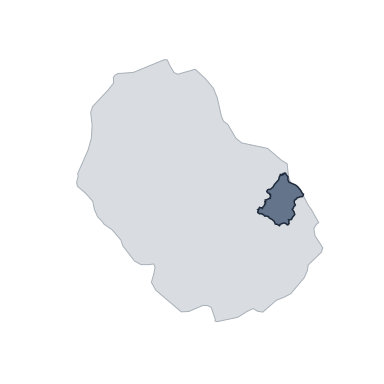 location of Bitola, Bitola, North Macedonia, rotated 244°
{"feature_id": "65306769B29228652763838", "entity_name": "Bitola", "entity_type": "district", "adm_level": 2, "iso_a3": "MKD", "parent_name": "North Macedonia", "parent_adm1": "Bitola", "projection": "robinson", "projection_center": [21.305, 41.044], "detail": "fine", "context": "in_parent", "style": "filled", "palette": "slate", "viewbox_px": 384, "rotation_deg": 244, "n_neighbors": 0, "source": "geoboundaries", "source_scale": "gbopen_adm2", "svg_char_len": 2901}
<svg xmlns="http://www.w3.org/2000/svg" viewBox="0 0 384 384"><g transform="rotate(244 192 192)"><path d="M174.1,106.3L180.1,107.0L193.2,103.6L201.4,98.9L205.5,98.2L211.1,96.3L219.0,96.6L227.1,98.7L237.3,95.9L247.4,91.5L251.4,92.6L255.8,96.4L258.7,97.4L275.5,117.2L284.7,125.3L295.6,131.4L307.9,135.8L312.4,140.1L320.4,161.2L324.2,169.2L329.5,171.6L330.7,173.9L331.0,177.0L325.2,191.8L323.1,225.0L321.6,227.7L315.4,227.5L307.2,228.2L304.1,230.8L300.9,248.7L287.7,253.8L275.8,256.7L265.6,256.0L247.8,251.8L242.0,251.3L237.1,253.8L221.2,255.0L214.3,258.2L198.0,279.1L181.4,286.3L175.7,289.9L163.1,285.3L157.0,284.8L148.2,290.2L129.0,290.7L123.8,291.6L109.0,292.5L108.4,289.6L105.6,285.4L98.7,283.4L84.6,285.1L81.2,282.0L75.4,264.3L70.9,261.4L65.8,255.4L57.3,236.2L57.1,227.7L57.7,220.3L53.0,203.0L56.0,198.7L60.4,195.9L60.5,188.9L59.3,178.3L64.5,157.6L66.0,156.1L67.3,157.1L79.9,158.7L83.2,156.1L85.3,152.0L86.0,136.8L89.0,129.8L119.6,116.4L128.6,115.9L135.5,122.1L140.9,126.0L144.2,125.9L145.4,121.9L149.1,114.3L155.3,110.0L173.9,106.2L174.1,106.3Z" fill="#d9dde1" stroke="#a8b0b8" stroke-width="1"/><path d="M159.7,259.4L158.1,259.7L157.4,260.4L156.7,260.6L156.4,261.1L155.5,260.8L155.3,261.4L155.0,261.4L155.0,261.0L153.3,260.6L152.9,259.6L152.0,259.5L152.4,258.2L152.3,255.8L152.7,254.3L151.8,254.1L152.0,254.0L151.3,253.1L150.5,253.4L149.9,252.8L149.2,252.8L149.0,251.7L148.1,251.1L147.4,249.1L146.4,248.0L147.3,247.7L147.8,246.6L148.6,246.1L148.0,245.0L147.2,244.6L147.4,243.4L146.4,243.7L145.7,243.1L145.8,242.8L145.3,242.3L144.6,242.1L144.4,242.3L142.6,243.3L142.4,244.8L141.0,245.4L140.9,245.9L139.9,246.6L139.3,246.5L138.3,246.9L137.8,248.5L137.0,248.9L136.7,249.7L136.3,250.0L134.9,250.0L133.3,251.0L133.0,251.6L129.5,253.0L126.7,252.8L125.5,254.4L123.3,255.9L123.9,256.7L124.3,256.9L124.0,260.8L122.7,262.4L120.9,263.1L120.4,263.7L121.0,264.8L121.0,265.4L122.3,265.7L122.9,266.2L124.7,266.6L124.2,267.3L124.3,267.9L123.7,268.8L123.7,269.3L124.3,270.3L124.9,270.6L126.7,274.5L129.3,275.0L131.1,274.8L132.3,274.4L133.0,275.9L134.5,277.4L134.5,278.3L135.0,279.2L137.4,279.2L139.1,279.9L139.3,280.7L140.1,281.4L139.9,282.8L140.8,284.2L140.3,285.4L140.3,287.3L139.4,289.2L139.8,289.5L140.0,290.1L140.2,290.5L140.5,290.9L141.2,291.2L141.5,291.1L142.2,290.6L143.0,290.5L144.2,290.5L145.0,290.4L145.9,290.4L146.9,290.2L147.4,290.0L148.1,289.7L148.4,289.7L148.7,289.7L149.1,289.6L149.4,289.6L150.5,289.3L150.7,289.1L151.8,288.7L152.8,288.2L155.3,286.1L155.5,285.9L157.0,284.6L158.3,283.5L159.3,283.5L159.8,283.5L160.9,283.5L161.0,283.6L163.5,284.9L165.3,284.5L166.4,284.2L167.8,284.4L168.4,283.6L168.1,283.2L168.6,282.3L168.1,281.9L168.4,281.4L167.9,280.8L167.7,281.0L167.7,280.4L168.7,280.0L169.0,279.1L168.0,278.8L168.1,278.2L167.5,277.3L165.0,275.2L162.6,269.4L160.9,266.9L160.1,263.6L160.8,261.9L160.8,261.2L160.4,260.2L159.7,259.4Z" fill="#64748b" stroke="#1e293b" stroke-width="1.5"/></g></svg>